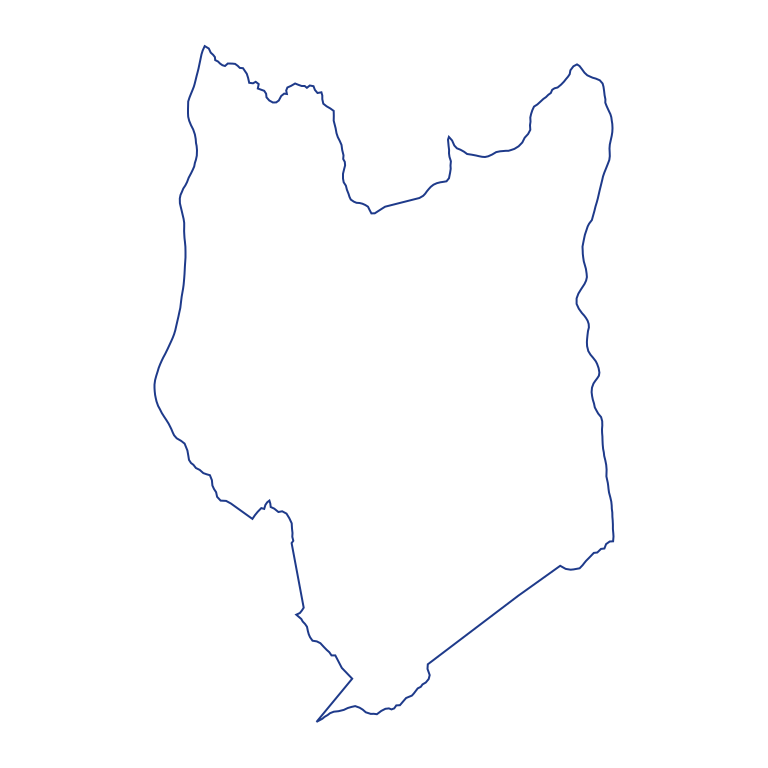 Tocantínia, Tocantins, Brazil (Robinson projection)
{"feature_id": "56859067B6986223411705", "entity_name": "Tocantínia", "entity_type": "district", "adm_level": 2, "iso_a3": "BRA", "parent_name": "Brazil", "parent_adm1": "Tocantins", "projection": "robinson", "projection_center": [-48.142, -9.618], "detail": "fine", "context": "isolated", "style": "outline", "palette": "blue", "viewbox_px": 768, "rotation_deg": 0, "n_neighbors": 0, "source": "geoboundaries", "source_scale": "gbopen_adm2", "svg_char_len": 6040}
<svg xmlns="http://www.w3.org/2000/svg" viewBox="0 0 768 768"><path d="M613.1,541.3L613.5,536.6L613.3,533.3L612.9,529.0L612.9,524.5L612.7,520.3L612.4,516.8L612.3,512.5L611.8,508.6L611.7,505.6L611.3,501.7L610.3,497.3L609.0,492.4L608.5,488.8L608.2,485.8L607.8,482.9L607.1,479.7L606.4,476.4L606.5,473.0L606.6,469.6L606.2,464.9L605.3,460.3L604.2,455.9L603.8,452.3L603.1,448.8L602.7,444.4L602.5,440.1L602.4,436.4L602.1,433.0L602.0,429.3L602.3,425.6L602.2,421.2L601.1,417.1L598.2,413.6L596.5,410.6L594.8,407.4L594.0,403.5L592.8,399.6L592.1,396.1L591.6,392.1L592.0,387.6L593.5,383.5L595.4,380.7L597.3,378.2L598.9,375.7L599.4,372.6L598.6,368.1L597.1,363.9L595.8,361.3L593.2,357.9L590.5,354.7L588.3,351.1L587.1,346.2L586.9,342.1L587.1,339.0L587.5,335.1L588.0,331.0L588.9,327.5L588.7,324.0L587.6,320.7L586.0,318.0L584.3,315.7L581.8,312.9L578.8,308.7L576.6,303.9L576.6,298.4L578.4,293.6L580.9,289.5L582.8,286.6L584.5,284.0L586.1,280.6L586.9,277.1L586.6,273.5L585.9,268.8L584.8,264.9L583.8,261.4L583.2,257.4L582.8,253.9L582.7,250.7L582.5,246.7L583.3,242.5L584.0,239.0L584.9,234.8L586.5,230.0L587.7,226.4L589.1,223.7L591.9,220.0L593.3,214.9L594.4,211.0L595.5,206.5L596.8,202.2L597.8,198.5L599.7,190.2L601.4,183.3L602.3,179.6L603.0,176.5L604.3,172.7L606.4,167.5L607.9,163.7L609.3,160.0L609.8,156.2L609.7,152.7L609.5,148.5L609.8,144.6L610.7,140.4L611.7,135.9L612.3,132.1L612.5,128.2L612.3,124.0L611.8,120.8L611.3,117.2L610.4,114.2L609.1,111.5L607.8,108.7L606.5,105.8L605.3,102.7L605.4,99.3L604.6,95.3L604.1,91.0L603.5,86.8L602.6,83.5L599.8,80.3L595.8,78.6L592.6,77.7L589.9,76.5L587.3,75.3L584.5,72.7L581.8,69.0L579.5,66.0L577.0,64.4L573.4,66.3L570.4,70.3L569.7,74.2L568.0,76.7L565.8,79.3L564.0,81.6L561.1,84.6L557.6,87.5L554.5,88.3L552.2,89.8L550.8,93.0L548.3,94.8L546.0,97.1L543.4,98.9L540.5,101.6L537.3,104.5L534.0,106.6L532.3,110.3L531.1,114.0L530.3,117.5L530.5,121.7L530.0,125.2L530.3,129.8L528.1,134.0L524.7,137.7L522.3,142.5L518.6,146.3L514.4,148.9L511.1,150.0L508.5,150.8L505.9,150.8L500.1,151.3L496.2,152.1L492.2,154.5L488.2,156.3L485.0,157.0L482.1,156.8L479.0,156.2L476.0,155.5L471.8,154.7L467.1,154.0L464.0,151.7L460.4,149.7L456.9,148.3L454.3,145.5L452.1,140.5L448.9,136.9L448.0,139.7L448.3,142.7L448.6,146.0L449.1,150.1L449.0,153.4L449.5,156.9L450.9,161.3L450.5,165.4L450.7,168.8L450.1,172.7L449.0,178.2L446.5,181.3L443.6,181.8L440.3,182.3L436.8,183.2L433.5,184.7L430.8,186.8L428.8,189.0L426.9,191.3L425.2,193.7L423.2,195.8L419.4,198.0L385.1,206.7L381.6,208.9L377.1,211.8L374.8,213.3L371.4,213.4L369.6,210.0L368.0,206.7L365.3,205.0L362.4,203.7L359.6,203.0L356.5,202.8L353.9,201.7L350.8,199.6L349.5,196.9L348.6,194.0L346.9,189.7L345.9,185.7L343.7,182.3L343.0,178.5L343.0,173.8L344.2,168.8L345.1,165.4L344.8,161.9L343.2,159.0L343.5,155.3L342.2,150.0L341.5,144.9L339.7,140.8L337.8,137.1L336.5,133.2L335.6,128.2L333.7,120.7L333.8,115.8L333.7,110.9L330.4,108.5L326.6,106.3L323.3,103.7L322.3,99.2L322.3,95.5L321.4,92.3L317.5,93.0L314.9,89.9L313.5,86.2L309.8,85.5L306.9,87.8L304.7,86.0L301.7,86.0L298.6,84.9L295.1,83.5L291.0,85.9L287.4,87.5L286.2,90.5L286.9,94.0L284.2,93.6L281.2,96.0L278.8,100.5L276.2,102.4L272.9,102.5L269.3,100.5L266.5,97.3L266.1,93.7L264.2,90.8L261.1,89.7L257.8,88.5L258.7,84.1L255.7,81.8L253.0,83.3L249.2,82.8L248.1,77.9L246.8,73.8L245.1,71.3L243.0,68.2L239.8,67.9L237.7,65.8L235.1,63.9L232.2,63.6L227.8,63.5L225.0,66.0L222.4,65.2L220.1,63.6L218.0,61.5L215.2,60.1L214.9,57.1L213.2,54.9L210.7,52.6L208.8,48.5L204.7,46.1L202.7,50.5L201.5,54.3L200.1,61.0L199.3,64.8L198.5,68.6L197.6,72.2L196.7,75.6L195.6,80.1L194.6,84.1L193.8,86.8L192.5,90.1L190.9,94.0L189.5,97.5L188.2,101.5L188.1,105.5L188.0,109.3L188.0,113.3L188.2,116.8L189.2,120.8L191.0,125.2L193.2,129.5L194.9,134.5L195.7,139.0L196.0,143.0L196.6,145.9L197.0,150.2L196.8,155.7L195.9,159.8L194.9,162.9L194.2,166.5L192.8,169.7L191.1,173.2L188.7,177.7L187.0,182.2L185.3,185.5L183.3,188.5L181.8,192.1L180.5,195.0L179.8,198.5L179.9,203.2L180.7,206.7L181.6,210.4L182.6,214.7L183.6,218.9L184.2,222.9L184.2,226.7L184.1,231.0L184.3,234.9L184.5,238.1L184.9,241.5L185.4,246.8L185.5,251.8L185.5,257.5L185.2,262.0L184.9,266.4L184.7,270.4L184.5,274.2L184.2,278.2L183.9,281.8L183.6,284.9L183.1,288.5L181.7,296.5L181.3,299.6L180.9,302.9L180.3,307.9L179.3,312.4L178.4,316.7L177.3,321.4L176.2,326.2L175.3,330.2L174.1,334.2L172.8,337.6L171.3,341.0L169.5,344.9L167.7,348.8L165.2,353.9L163.2,357.6L161.8,360.5L160.2,364.1L158.7,367.9L157.7,371.3L156.3,375.7L155.1,380.1L154.5,384.6L154.5,387.9L154.7,391.2L155.1,394.9L155.7,397.9L156.5,401.4L158.1,405.9L160.0,409.4L161.8,413.0L164.2,416.8L166.2,419.8L168.7,423.8L171.3,429.0L172.8,432.6L174.1,435.3L176.7,438.3L181.0,440.8L184.6,443.6L187.4,450.5L188.3,455.6L189.0,459.9L191.0,463.0L193.4,464.8L195.9,468.0L199.7,469.9L203.3,473.1L206.7,474.3L209.9,475.2L211.9,480.2L212.4,485.5L214.0,489.0L216.1,492.2L217.1,496.8L220.6,500.6L226.1,500.9L230.9,503.5L252.4,518.9L255.0,515.1L257.7,511.8L261.3,508.1L264.2,508.9L265.4,504.9L267.2,502.3L269.4,500.6L270.3,503.6L270.7,507.0L274.2,508.6L278.4,512.0L282.2,511.3L286.5,513.6L289.3,518.2L291.7,523.3L292.0,528.6L292.5,533.0L292.3,536.8L293.3,540.8L291.6,543.1L303.7,607.7L301.9,610.5L299.9,613.0L296.3,614.7L301.3,619.0L302.7,621.5L305.0,623.9L307.0,626.8L307.9,631.2L308.8,634.4L310.1,637.3L312.5,640.7L316.8,641.4L320.4,643.2L323.6,646.7L326.7,649.9L329.3,652.2L331.5,655.4L335.3,655.4L341.8,667.9L352.2,678.7L316.5,721.9L322.4,718.7L324.5,716.9L327.7,715.0L330.0,713.2L333.8,711.7L338.5,711.2L343.8,709.9L347.8,708.0L351.6,706.9L355.2,706.1L359.6,707.7L362.7,709.6L365.8,712.3L370.8,713.9L373.7,713.8L376.9,714.2L381.3,710.9L385.4,708.8L388.9,708.4L391.5,709.4L394.2,708.4L396.3,705.4L399.9,705.2L403.5,701.0L406.1,698.0L411.9,695.6L413.8,693.5L417.7,688.4L420.8,686.8L422.5,684.4L425.8,682.5L428.7,679.0L429.7,675.1L427.5,668.9L427.8,664.3L518.3,595.7L560.2,565.8L565.7,568.9L570.6,569.7L573.6,569.4L579.6,568.3L582.6,565.2L584.3,563.0L586.2,560.7L588.9,558.0L593.8,552.9L597.3,552.5L601.0,548.9L604.4,548.5L606.1,544.1L609.7,541.5L613.1,541.3Z" fill="none" stroke="#1e3a8a" stroke-width="2"/></svg>